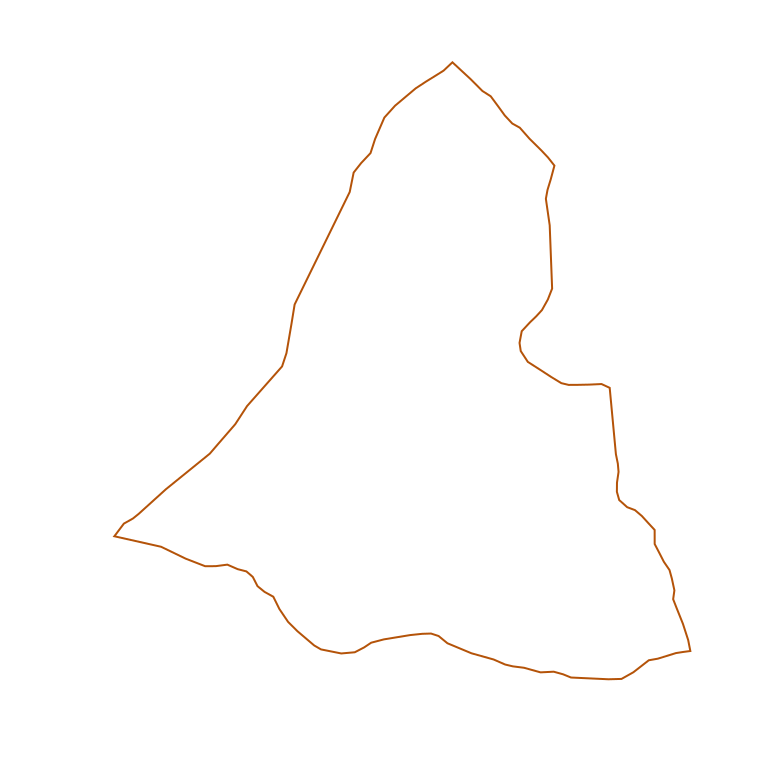 outline of Itapura, São Paulo, Brazil, rotated 355°
{"feature_id": "56859067B23822511456488", "entity_name": "Itapura", "entity_type": "district", "adm_level": 2, "iso_a3": "BRA", "parent_name": "Brazil", "parent_adm1": "São Paulo", "projection": "robinson", "projection_center": [-51.427, -20.578], "detail": "fine", "context": "isolated", "style": "outline", "palette": "amber", "viewbox_px": 768, "rotation_deg": 355, "n_neighbors": 0, "source": "geoboundaries", "source_scale": "gbopen_adm2", "svg_char_len": 1624}
<svg xmlns="http://www.w3.org/2000/svg" viewBox="0 0 768 768"><g transform="rotate(355 384 384)"><path d="M665.9,676.7L664.7,665.6L660.9,649.0L656.0,632.8L653.3,623.6L655.3,614.9L653.8,602.9L652.2,594.2L647.3,585.5L643.4,575.9L639.7,567.0L640.9,553.0L635.1,545.5L629.4,538.0L623.0,531.5L615.5,527.9L608.2,520.1L606.6,511.7L607.5,502.6L610.0,492.0L610.0,483.7L608.9,474.1L608.5,407.5L600.7,403.0L588.4,402.5L576.5,401.7L567.9,401.0L560.7,398.6L551.2,391.6L540.1,382.9L529.2,374.5L523.1,363.1L522.6,354.9L525.8,343.4L534.9,335.2L541.6,329.8L547.8,324.1L554.6,314.1L559.8,303.6L562.9,240.4L561.4,213.6L563.8,204.9L568.0,194.5L572.8,181.3L567.1,172.6L561.0,164.9L550.3,152.3L541.6,140.5L534.5,135.7L527.7,127.0L522.2,117.8L515.4,106.7L507.6,100.7L496.9,87.9L480.2,69.5L470.7,77.0L463.7,80.6L452.0,86.5L441.4,92.2L419.3,107.7L407.6,118.6L396.5,139.1L390.7,152.8L380.5,161.9L372.2,170.7L366.6,189.7L301.9,297.0L297.0,316.3L289.5,344.8L284.0,357.6L245.7,394.0L232.3,411.1L213.4,429.4L204.4,438.2L157.6,469.8L128.3,492.0L122.2,496.1L112.7,500.4L102.1,512.2L147.7,526.7L171.2,540.7L189.9,549.9L200.5,550.8L212.2,550.3L222.1,555.7L230.6,558.7L236.5,564.8L240.4,574.4L246.9,580.7L255.2,586.3L260.2,599.1L267.7,612.6L276.2,622.7L291.7,638.4L298.1,642.9L317.9,648.7L331.5,648.7L341.2,644.7L348.7,640.6L361.6,638.4L388.2,636.4L400.4,636.2L409.1,636.7L416.4,639.8L424.6,647.8L447.7,659.9L469.2,668.0L480.2,674.0L487.7,676.5L498.8,678.9L514.8,684.9L528.0,685.4L537.1,688.8L544.7,692.7L581.8,697.7L594.9,698.5L607.3,692.9L623.7,682.3L632.8,681.5L651.4,677.5L659.0,677.0L665.9,676.7Z" fill="none" stroke="#b45309" stroke-width="2"/></g></svg>